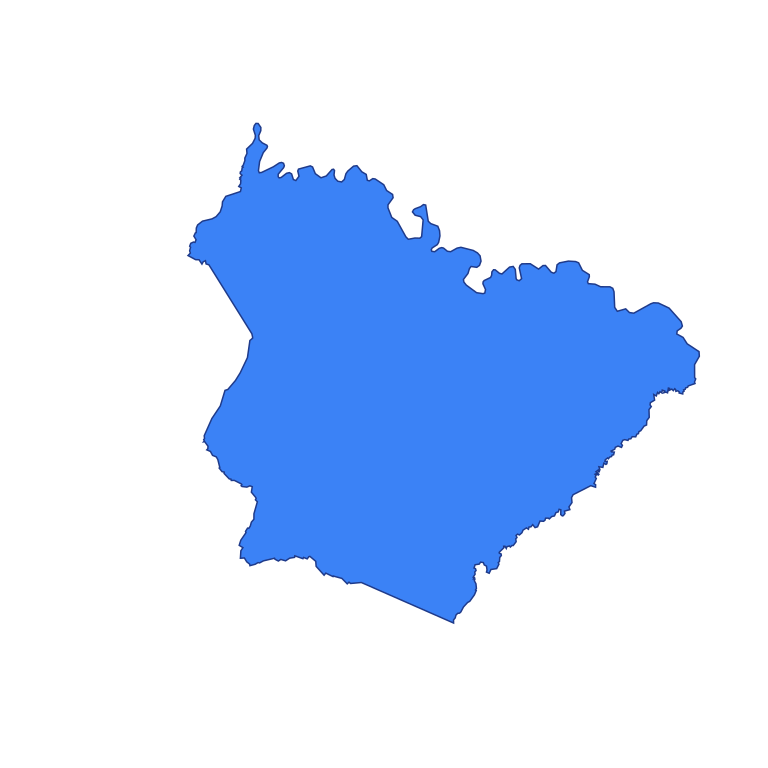 outline of Kantharawichai, Maha Sarakham, Thailand, rotated 215°
{"feature_id": "78962969B87727781395141", "entity_name": "Kantharawichai", "entity_type": "district", "adm_level": 2, "iso_a3": "THA", "parent_name": "Thailand", "parent_adm1": "Maha Sarakham", "projection": "natural_earth1", "projection_center": [103.249, 16.291], "detail": "fine", "context": "isolated", "style": "filled", "palette": "blue", "viewbox_px": 768, "rotation_deg": 215, "n_neighbors": 0, "source": "geoboundaries", "source_scale": "gbopen_adm2", "svg_char_len": 6171}
<svg xmlns="http://www.w3.org/2000/svg" viewBox="0 0 768 768"><g transform="rotate(215 384 384)"><path d="M185.5,325.8L185.3,330.6L187.3,332.8L187.0,334.5L189.0,335.7L188.5,337.6L186.5,338.0L185.7,341.3L186.3,344.0L184.8,347.8L182.4,347.9L183.2,350.0L181.7,351.3L181.5,354.1L177.9,353.0L176.3,355.1L177.6,361.2L174.5,363.1L174.0,364.9L174.7,366.7L172.6,368.3L171.2,368.3L170.6,371.6L168.7,373.7L169.4,377.3L167.9,379.2L168.7,381.8L167.0,382.4L164.3,378.4L162.3,378.2L161.6,379.0L161.5,381.7L163.3,383.3L159.7,387.7L162.0,389.4L162.0,394.7L165.2,398.5L165.6,401.8L156.3,419.3L151.5,420.8L152.9,422.9L154.9,422.9L155.9,428.4L157.6,428.9L157.9,430.9L159.4,431.1L158.8,432.1L156.3,432.3L156.2,433.3L160.1,433.7L159.2,436.4L158.1,435.0L157.4,435.4L158.0,437.7L160.5,439.5L156.9,441.2L158.5,445.2L156.1,445.4L155.7,446.5L156.8,448.7L158.6,447.3L159.3,448.8L158.4,451.7L157.3,451.5L157.2,453.6L156.0,455.1L156.4,456.5L155.3,457.7L156.3,460.3L158.7,458.9L159.5,459.3L157.6,462.9L158.2,464.8L156.7,467.4L153.1,468.3L153.5,470.5L155.6,471.2L156.1,474.8L154.9,476.5L151.8,477.7L151.9,479.4L150.4,480.7L150.5,483.2L147.5,485.1L148.1,487.9L147.1,489.3L147.9,491.2L146.9,493.0L146.8,498.7L145.4,501.0L147.7,504.6L147.6,508.8L152.3,515.1L152.1,518.8L154.1,519.5L155.1,521.5L153.1,526.0L157.0,530.1L154.1,530.4L155.1,534.0L153.3,533.7L153.5,536.0L151.3,536.1L152.6,538.6L150.1,539.3L149.8,537.3L148.5,539.0L146.7,539.4L148.7,543.8L147.5,544.2L146.6,542.6L145.3,544.9L143.2,544.5L143.1,546.9L141.7,546.6L140.7,545.4L139.5,546.9L137.6,546.9L137.1,545.9L133.6,547.2L134.6,548.9L134.1,550.3L135.2,551.1L134.2,552.4L134.7,553.9L133.4,555.4L133.7,556.9L129.5,562.8L130.8,563.7L131.6,567.0L133.2,567.4L140.7,578.0L141.6,587.6L144.5,591.2L158.7,590.8L165.7,593.7L172.9,592.9L174.3,595.7L172.7,600.1L172.8,602.6L176.3,605.5L194.0,609.7L205.7,607.7L209.8,605.1L211.5,602.7L220.0,585.3L223.9,583.3L229.1,584.2L234.6,577.4L239.0,579.1L248.5,591.5L251.5,593.6L254.7,593.2L262.3,587.9L268.4,586.8L274.2,583.4L275.9,584.4L277.3,589.6L278.6,591.3L286.7,590.9L294.1,594.9L297.3,594.2L303.5,590.4L309.7,583.9L310.6,580.9L307.6,574.7L308.4,572.2L311.1,571.5L319.7,573.7L321.7,572.2L323.3,566.8L333.2,566.4L340.0,561.5L340.6,559.2L339.8,556.7L331.7,549.2L332.5,546.1L335.1,545.5L336.3,546.2L342.2,553.2L345.6,554.4L348.2,551.8L350.5,541.8L352.9,540.9L358.4,541.3L359.8,540.4L359.9,537.7L358.2,534.8L357.8,532.4L361.3,526.2L361.4,524.5L360.4,522.8L355.0,519.6L353.6,516.3L354.7,514.8L360.5,511.9L373.3,512.2L377.0,513.3L378.9,515.2L378.6,522.7L380.2,527.5L380.1,530.2L374.9,532.8L373.8,535.9L375.0,540.3L378.8,544.1L382.6,545.0L387.5,544.6L399.4,540.1L402.1,537.2L405.3,530.6L408.2,529.1L413.2,529.5L415.0,528.8L416.6,526.8L418.3,521.5L420.9,520.1L422.3,521.1L422.6,523.0L420.3,528.7L420.5,531.4L423.1,537.4L426.4,541.4L430.4,544.1L437.7,542.2L441.1,542.7L452.5,554.5L454.6,553.6L455.7,550.3L459.0,545.5L459.7,543.7L459.4,541.3L455.3,540.1L450.0,542.1L446.1,540.9L437.7,526.3L438.3,524.0L442.4,521.3L447.1,516.5L450.5,517.1L466.5,524.9L473.2,524.9L481.8,530.6L483.5,533.1L483.4,541.8L485.7,544.2L492.8,544.0L498.5,547.1L508.8,546.9L511.0,545.8L512.5,542.0L514.5,541.3L518.8,545.5L523.9,545.1L531.4,547.3L533.9,545.0L535.8,537.6L535.8,534.4L533.8,528.8L534.6,525.2L538.2,523.6L542.1,524.4L544.8,526.5L547.0,530.5L548.5,531.0L549.6,529.9L550.6,521.3L553.9,516.8L560.9,516.9L567.0,520.8L569.5,520.4L577.3,511.0L576.8,509.0L572.8,505.4L572.9,500.1L575.5,499.5L580.2,503.1L582.7,502.9L584.7,500.7L586.7,494.2L588.1,492.7L589.6,493.1L591.0,495.2L590.3,503.7L590.8,505.6L592.9,507.2L595.0,506.7L596.6,505.0L599.2,498.5L605.6,487.1L607.3,485.5L609.2,486.7L613.5,494.9L615.6,504.3L615.2,510.1L615.7,511.7L616.8,512.4L622.1,511.7L626.3,512.4L629.1,515.6L630.2,520.8L632.0,523.5L636.5,525.2L638.4,524.0L638.5,521.3L637.2,517.9L632.0,513.9L630.5,511.4L629.7,505.7L631.3,497.6L628.5,494.3L627.6,489.3L626.1,487.2L624.8,482.4L625.0,480.9L623.8,480.8L624.2,479.7L622.8,477.0L623.3,475.3L622.5,473.9L620.1,473.6L620.4,470.3L619.5,470.5L619.6,469.0L618.2,468.9L616.3,465.7L616.3,462.5L613.4,462.8L612.0,459.3L621.2,447.0L620.8,440.6L618.7,437.0L616.9,431.1L617.5,424.8L619.6,420.6L626.1,413.3L627.9,407.4L627.2,404.1L624.7,400.3L625.2,399.6L624.6,396.1L620.7,394.4L620.0,391.6L621.5,391.0L623.0,388.4L622.2,385.4L620.9,385.1L619.6,381.6L617.7,380.2L618.2,376.8L609.6,377.8L606.8,379.7L601.9,377.8L602.2,380.4L601.0,382.6L598.6,380.3L595.8,381.2L521.1,349.4L518.7,347.2L517.9,346.2L518.8,342.7L511.0,327.3L508.2,310.7L507.7,301.6L508.8,289.9L510.6,287.6L505.5,272.1L505.2,257.0L501.6,238.5L499.7,236.3L499.8,235.0L498.5,234.3L498.6,233.2L497.8,233.9L492.5,232.1L491.2,230.0L491.4,228.4L487.5,229.2L483.5,227.2L479.6,228.1L476.8,226.8L470.6,221.4L470.8,220.6L466.4,219.3L464.3,220.2L463.7,219.0L456.3,217.5L454.8,218.3L453.8,217.4L451.3,219.2L443.7,220.3L442.8,220.1L442.7,218.7L441.5,218.6L437.2,220.9L435.4,223.7L433.0,224.3L430.6,219.3L424.1,217.5L423.1,216.9L422.9,215.4L420.2,214.9L416.1,203.1L413.0,198.6L413.4,194.7L412.0,190.8L412.0,188.3L413.1,187.7L412.9,183.8L411.8,183.1L411.7,173.9L410.1,168.8L405.7,169.0L405.6,165.3L401.7,158.9L398.6,161.4L394.4,159.6L390.7,159.4L389.6,158.3L386.1,162.5L384.8,165.4L383.3,166.1L381.3,170.0L373.7,178.5L372.8,177.9L369.0,178.4L367.9,181.1L363.2,182.7L361.4,187.2L357.8,190.7L358.5,192.1L350.2,194.4L350.4,195.8L346.6,196.7L346.5,199.5L345.8,200.3L338.2,199.6L335.0,195.7L323.4,193.0L323.2,195.7L315.3,197.0L315.4,197.6L307.0,200.6L299.5,199.2L299.0,201.6L297.0,201.4L288.7,208.4L189.9,228.1L191.7,230.6L191.5,233.3L192.5,235.9L192.1,238.4L190.7,239.6L190.3,241.3L191.0,247.0L190.2,253.0L189.1,255.2L189.0,263.1L190.0,267.8L190.9,267.8L191.0,269.5L194.1,273.1L197.2,274.7L197.6,276.3L198.9,275.6L198.9,277.2L200.1,276.9L200.3,280.5L201.8,282.0L201.6,284.0L203.1,285.2L204.7,284.9L205.7,288.2L202.7,291.1L202.7,293.5L200.2,294.7L198.1,293.3L195.6,293.6L192.9,290.7L192.2,288.7L189.3,289.3L190.0,293.4L185.8,297.4L186.5,302.3L188.0,303.2L187.6,304.8L189.7,308.3L189.5,310.8L190.7,312.0L192.4,311.5L193.1,312.2L191.9,318.7L192.9,319.7L191.9,320.5L189.5,319.4L190.0,321.3L188.3,323.3L187.0,322.9L186.5,325.2L185.5,325.8Z" fill="#3b82f6" stroke="#1e3a8a" stroke-width="1.5"/></g></svg>